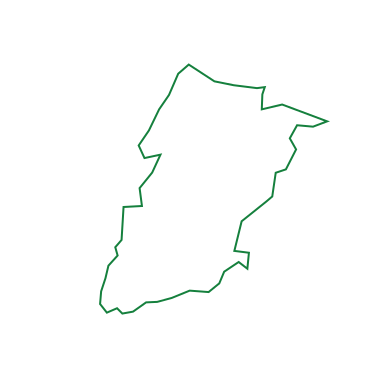 outline of Peristeronari, Cyprus, rotated 45°
{"feature_id": "46923920B2935108629033", "entity_name": "Peristeronari", "entity_type": "district", "adm_level": 2, "iso_a3": "CYP", "parent_name": "Cyprus", "parent_adm1": "", "projection": "albers", "projection_center": [32.861, 35.138], "detail": "fine", "context": "isolated", "style": "outline", "palette": "green", "viewbox_px": 384, "rotation_deg": 45, "n_neighbors": 0, "source": "geoboundaries", "source_scale": "gbopen_adm2", "svg_char_len": 775}
<svg xmlns="http://www.w3.org/2000/svg" viewBox="0 0 384 384"><g transform="rotate(45 192 192)"><path d="M110.3,156.8L118.0,178.9L121.4,196.8L134.4,201.6L143.3,187.9L150.1,206.4L152.2,226.3L166.5,237.3L154.2,251.0L176.1,275.7L176.8,285.3L184.3,289.5L185.0,303.2L191.8,314.2L198.0,326.5L206.2,336.2L217.1,337.5L221.2,327.2L228.7,327.2L234.9,318.3L237.6,302.5L245.1,294.3L252.6,281.2L260.1,263.4L274.5,251.0L275.9,237.3L271.1,225.6L274.5,208.5L285.4,207.1L275.2,194.7L263.6,203.7L247.8,177.6L251.3,146.0L251.9,138.4L237.6,119.2L242.4,109.6L235.5,88.3L223.2,84.9L219.1,70.5L231.4,60.2L237.6,46.5L193.9,66.4L182.9,84.2L172.7,73.2L169.3,66.4L164.5,72.6L146.0,87.0L129.6,97.9L99.6,104.2L98.6,118.1L107.1,139.6L110.3,156.8Z" fill="none" stroke="#15803d" stroke-width="2"/></g></svg>